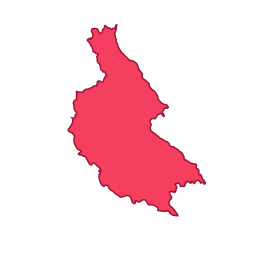 outline of Antanambao Manampontsy, Atsinanana, Madagascar, rotated 141°
{"feature_id": "10022922B63046975451138", "entity_name": "Antanambao Manampontsy", "entity_type": "district", "adm_level": 2, "iso_a3": "MDG", "parent_name": "Madagascar", "parent_adm1": "Atsinanana", "projection": "natural_earth1", "projection_center": [48.439, -19.564], "detail": "fine", "context": "isolated", "style": "filled", "palette": "rose", "viewbox_px": 256, "rotation_deg": 141, "n_neighbors": 0, "source": "geoboundaries", "source_scale": "gbopen_adm2", "svg_char_len": 5849}
<svg xmlns="http://www.w3.org/2000/svg" viewBox="0 0 256 256"><g transform="rotate(141 128 128)"><path d="M148.9,34.8L148.6,34.3L148.2,32.5L148.0,32.1L145.3,29.1L144.5,28.5L143.9,30.1L143.6,35.5L143.7,37.6L144.3,41.1L144.1,42.0L143.5,44.0L142.5,44.7L141.0,45.6L139.0,45.8L137.9,46.4L137.6,47.0L137.3,49.7L136.6,51.3L136.0,51.9L135.4,52.0L134.8,51.5L134.2,51.4L132.7,49.0L132.4,49.1L132.1,49.6L131.8,49.5L131.8,48.6L131.5,48.6L130.5,49.2L129.9,49.3L128.9,50.5L127.8,50.8L127.2,51.5L126.8,54.8L126.1,55.0L125.3,54.1L123.8,53.6L123.2,52.6L123.0,52.0L123.0,51.6L123.9,49.9L123.9,49.4L123.6,49.1L122.3,48.8L122.1,48.5L121.8,47.6L121.5,47.4L120.5,47.3L119.4,47.8L119.0,48.6L118.7,48.8L117.8,48.7L117.1,49.4L115.9,48.7L114.7,48.6L114.5,48.3L114.4,46.4L114.3,46.0L114.1,45.8L113.4,45.6L112.4,46.4L112.0,46.5L111.6,46.2L111.6,45.7L111.8,44.3L111.5,43.2L111.1,43.1L110.7,43.2L108.7,44.1L108.0,44.1L107.4,43.6L106.7,43.5L106.1,42.3L105.7,42.0L105.6,41.6L106.1,40.3L106.2,39.8L106.2,39.5L105.8,39.3L105.0,39.4L104.8,39.1L104.7,38.8L104.5,38.5L103.7,37.9L104.0,36.4L103.8,36.2L103.2,36.2L102.5,36.7L102.3,37.2L102.0,39.4L102.2,40.7L101.8,42.8L100.9,45.3L100.9,46.0L101.2,46.4L102.1,46.9L102.2,47.3L101.6,48.3L100.5,49.1L99.4,51.3L99.5,51.9L100.1,53.6L100.1,54.5L98.4,55.8L98.1,56.2L98.0,56.7L98.2,57.6L99.8,58.7L100.2,59.9L100.8,60.3L101.6,61.5L101.7,62.7L102.4,63.8L102.3,64.7L102.9,65.6L103.1,66.8L103.3,67.1L104.2,67.8L104.1,68.1L103.6,68.6L103.5,69.7L102.7,70.1L102.6,70.4L102.5,71.9L101.9,73.2L102.0,74.2L101.8,75.4L102.8,77.2L102.7,79.4L103.6,81.3L103.7,82.0L104.2,83.3L104.3,84.5L105.4,85.5L106.0,86.3L106.6,87.7L106.6,88.5L106.0,89.7L106.1,91.3L105.9,92.0L106.4,93.1L107.3,94.1L107.5,94.7L108.4,97.8L109.5,99.8L109.8,102.6L110.4,104.2L110.7,107.1L111.4,107.8L111.2,108.5L111.6,109.5L111.8,111.5L111.5,112.6L110.5,114.3L109.8,115.0L108.3,115.6L107.9,116.0L107.6,116.7L107.4,118.5L107.0,119.1L105.6,120.1L104.1,120.2L102.8,119.9L101.3,118.2L100.3,118.3L99.1,118.6L96.7,119.6L93.4,118.7L93.1,117.7L93.1,114.9L93.0,114.6L92.7,114.4L92.2,114.7L92.0,115.1L91.4,118.3L90.8,119.0L90.4,119.2L89.4,119.4L87.3,120.4L86.5,120.1L85.3,118.8L84.0,118.6L83.6,118.8L83.5,119.5L83.7,120.8L83.4,121.5L83.7,121.5L84.4,122.6L86.0,125.5L86.5,129.3L86.5,130.6L86.3,131.5L86.0,132.3L84.9,134.3L84.3,138.1L84.3,140.3L84.7,141.1L85.4,145.6L85.1,146.8L83.7,149.2L83.6,149.7L84.1,151.3L84.3,153.9L85.1,156.0L85.2,157.0L85.0,159.2L84.8,159.4L83.7,159.9L83.3,160.3L82.8,161.3L82.6,167.0L80.8,171.7L80.8,173.3L82.0,177.1L83.3,178.4L84.3,180.1L84.5,181.3L84.6,183.5L85.1,187.0L85.0,188.5L85.5,190.6L85.2,192.6L85.0,195.4L84.1,198.3L83.3,200.1L83.0,202.5L82.8,203.1L81.5,204.0L80.9,206.2L80.0,207.5L79.5,208.5L79.5,209.0L79.4,209.4L78.7,209.9L76.9,210.8L74.8,212.3L73.8,213.6L71.9,215.1L72.3,215.5L72.9,215.4L73.6,215.0L74.9,213.8L75.2,213.7L77.4,215.0L78.2,214.8L78.6,214.8L78.8,215.0L79.3,216.8L79.9,217.6L80.9,219.7L81.2,222.0L81.4,222.2L81.8,222.1L83.3,220.7L84.2,220.5L85.5,220.6L87.9,218.7L88.6,218.5L89.2,218.6L89.9,219.1L90.2,220.2L90.0,222.1L89.5,223.8L89.7,224.5L91.6,226.6L92.9,227.4L93.6,227.5L94.9,227.0L95.5,226.2L96.2,223.4L96.6,222.3L97.3,221.5L99.8,220.5L100.5,220.4L101.4,220.7L101.3,221.0L100.8,221.5L101.2,221.7L103.3,222.2L103.8,222.2L104.3,221.9L104.5,221.6L104.5,221.2L104.3,219.1L104.3,217.1L105.0,215.3L104.9,213.9L105.1,212.9L106.0,211.3L106.2,210.1L106.8,209.8L107.1,209.4L106.9,208.7L105.8,207.4L106.1,206.1L106.0,205.7L104.8,204.5L104.7,204.2L104.9,203.8L105.2,203.6L107.1,203.2L107.5,203.0L108.3,200.9L109.4,200.1L110.0,198.6L110.2,197.4L109.9,195.5L110.7,193.3L111.2,192.7L111.5,191.5L112.3,190.3L111.9,189.2L111.9,188.4L112.2,187.7L112.2,187.4L110.9,186.2L110.8,185.8L111.1,184.6L111.5,183.8L111.7,182.1L112.3,182.3L113.8,182.2L114.5,181.6L116.0,181.1L117.0,180.3L118.7,179.5L119.7,180.3L120.4,182.2L120.6,182.3L121.0,183.0L122.8,183.2L123.0,182.0L123.8,182.0L124.3,181.9L124.7,181.5L125.1,180.6L125.4,180.4L126.6,181.0L127.7,182.0L129.0,182.3L130.7,182.0L132.3,182.8L134.4,183.1L134.8,183.2L135.4,184.1L137.2,184.8L138.1,184.7L139.1,184.9L140.4,183.8L140.8,184.0L141.7,185.3L143.3,186.6L143.9,186.9L144.2,187.4L144.3,187.8L145.0,188.8L145.3,188.7L146.6,186.5L147.1,186.2L149.1,183.7L149.6,182.5L149.9,182.3L151.3,182.9L153.4,182.8L154.6,182.0L155.1,181.3L155.8,179.4L157.2,177.7L157.8,176.5L158.2,175.0L158.3,172.4L158.7,171.6L159.4,171.3L160.4,171.5L160.7,171.3L161.1,171.1L161.6,170.4L162.9,169.5L163.7,169.7L164.7,170.5L165.1,171.0L165.1,169.9L165.4,169.5L167.7,167.0L170.7,165.8L171.5,165.4L172.7,165.2L175.0,164.6L176.0,163.9L176.0,162.7L175.5,161.1L174.6,159.5L174.5,158.8L174.5,155.9L174.9,155.1L176.1,154.2L178.0,152.2L179.4,149.7L180.3,145.0L180.3,142.9L179.7,141.2L179.3,140.8L179.3,138.9L179.6,138.7L180.9,139.0L181.9,139.4L182.8,139.2L183.0,139.0L183.0,138.7L182.6,137.6L181.9,137.1L180.8,135.4L180.0,133.7L179.3,132.7L179.3,131.5L180.5,124.7L180.5,123.4L180.0,122.5L179.6,122.3L178.5,122.6L177.1,122.7L176.3,122.1L176.0,120.4L176.0,119.3L175.2,115.6L175.2,115.1L175.7,113.5L175.7,111.8L176.7,112.2L177.4,113.0L177.8,112.8L177.7,110.2L178.0,109.9L179.5,110.3L181.0,108.6L182.8,105.7L183.6,103.8L184.1,100.9L184.1,99.6L183.6,97.9L182.0,97.9L180.5,96.7L179.8,95.8L180.6,93.5L180.5,90.6L179.7,88.7L178.9,83.9L178.0,81.9L177.7,80.0L177.2,79.2L176.8,78.6L176.0,78.2L173.4,77.0L172.5,76.9L172.0,76.6L171.2,76.1L169.8,74.5L169.5,73.4L169.8,71.7L171.2,68.1L171.3,67.0L171.1,65.7L170.2,65.2L169.3,65.1L168.4,66.7L167.8,66.8L167.2,66.3L166.8,64.5L165.8,63.5L165.3,63.2L164.1,62.9L162.6,63.3L160.2,61.8L159.8,60.5L159.9,58.7L160.1,58.1L160.4,56.6L160.4,56.0L160.0,55.0L157.4,52.9L156.5,51.7L155.9,50.6L155.6,49.3L154.9,48.0L154.9,47.0L155.0,46.8L156.4,45.5L156.6,45.3L156.5,44.9L156.1,44.2L155.2,43.5L151.7,39.9L150.9,39.4L150.4,39.6L150.1,39.6L149.5,38.9L148.6,37.3L149.1,35.4L148.9,34.8Z" fill="#f43f5e" stroke="#9f1239" stroke-width="1.5"/></g></svg>